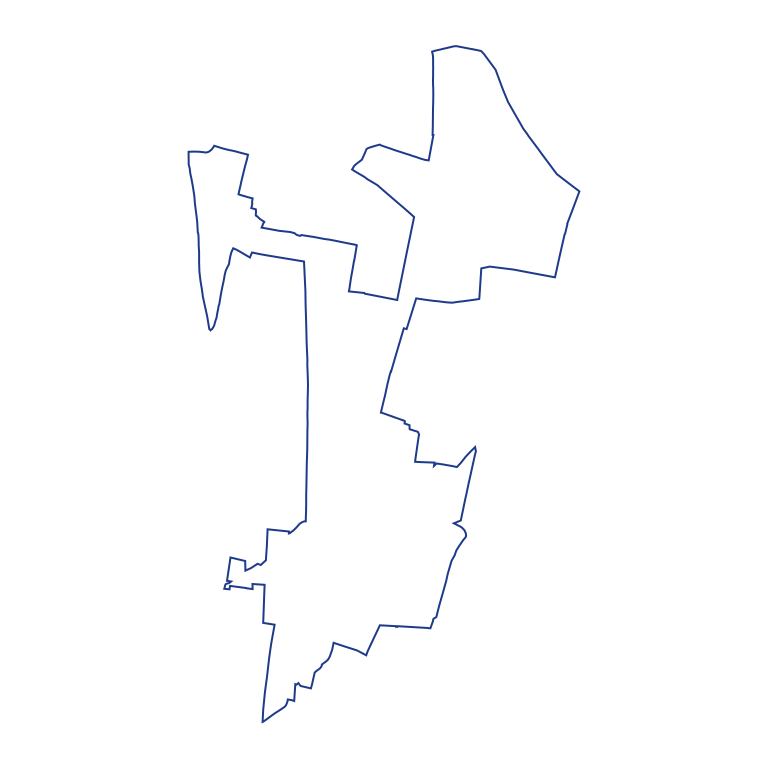 Cuautitlán, México, Mexico
{"feature_id": "50627088B95274717279759", "entity_name": "Cuautitlán", "entity_type": "district", "adm_level": 2, "iso_a3": "MEX", "parent_name": "Mexico", "parent_adm1": "México", "projection": "robinson", "projection_center": [-99.166, 19.705], "detail": "fine", "context": "isolated", "style": "outline", "palette": "blue", "viewbox_px": 768, "rotation_deg": 0, "n_neighbors": 0, "source": "geoboundaries", "source_scale": "gbopen_adm2", "svg_char_len": 6065}
<svg xmlns="http://www.w3.org/2000/svg" viewBox="0 0 768 768"><path d="M210.6,330.3L211.0,329.6L211.8,329.2L212.1,329.1L212.7,328.1L214.1,325.7L214.8,323.2L215.5,320.7L216.6,317.5L216.8,316.0L217.4,312.6L218.0,309.6L218.8,305.2L219.2,304.6L219.8,301.0L220.4,297.3L220.7,295.5L221.2,292.8L222.4,286.6L223.0,283.9L223.6,281.3L224.7,274.9L225.8,270.5L227.4,267.2L229.0,264.1L229.4,261.1L230.3,256.3L231.4,252.2L233.2,248.3L236.3,249.6L240.2,251.8L243.9,254.0L249.9,257.5L252.0,252.5L259.8,254.1L265.3,255.1L289.5,259.1L304.0,261.5L305.4,290.7L305.6,304.5L306.2,323.8L306.6,341.2L306.8,346.5L307.4,359.5L307.3,364.5L307.8,377.3L308.0,385.9L307.6,400.9L307.6,408.0L307.4,412.6L307.5,420.0L307.6,423.2L307.4,431.5L307.3,444.2L307.3,445.2L307.2,451.4L306.8,462.9L306.4,485.6L306.3,490.8L306.2,494.1L306.2,497.5L306.2,502.4L306.2,505.2L306.1,506.5L306.1,510.5L306.1,511.4L305.9,515.7L305.8,519.0L305.8,520.7L305.7,521.4L304.7,521.3L303.3,521.7L302.1,522.2L301.0,522.9L299.8,523.7L298.8,524.7L297.9,525.8L296.5,527.4L293.8,530.1L291.2,532.1L290.0,533.0L288.9,533.4L289.0,531.5L267.6,529.3L266.8,547.0L266.2,555.4L265.9,560.3L260.7,565.0L257.5,563.8L251.2,568.0L245.4,570.6L245.2,561.0L230.5,557.5L227.0,580.8L231.1,581.5L229.2,583.0L228.7,583.2L226.6,583.7L225.8,584.1L225.2,585.2L224.7,587.2L224.3,588.8L229.5,589.3L230.1,585.9L246.6,588.1L246.7,588.3L248.1,588.5L248.9,588.6L252.6,589.1L252.5,584.0L264.6,584.8L263.2,622.9L274.6,624.7L272.1,638.6L271.2,643.7L270.5,648.5L270.3,649.7L269.0,659.3L267.1,675.9L264.9,692.5L263.2,709.7L262.6,721.9L263.3,721.6L266.6,719.3L270.8,716.2L275.0,713.2L279.1,710.6L281.6,708.9L284.7,706.8L285.8,705.5L286.0,705.1L286.6,703.9L287.5,701.4L287.8,699.5L289.4,699.7L291.6,700.1L294.2,701.0L295.3,684.2L296.4,684.7L297.8,683.5L298.4,683.1L300.4,685.8L301.2,686.1L310.9,688.4L312.0,684.5L314.7,672.5L316.3,671.1L318.2,669.7L319.7,668.6L320.6,667.6L321.4,666.5L321.8,665.3L321.9,664.5L325.7,661.7L327.6,660.1L328.9,658.2L329.9,656.3L330.1,655.6L332.2,649.7L333.6,642.8L345.1,646.6L357.0,650.4L366.2,655.3L367.6,651.4L374.3,637.1L379.9,625.3L396.3,626.2L396.2,626.8L397.3,626.8L397.4,626.2L402.8,626.5L426.5,627.9L429.0,628.2L430.4,628.3L432.8,621.6L433.2,619.6L433.5,618.8L434.4,618.2L435.9,617.4L436.4,616.9L436.6,616.1L437.3,613.1L439.2,605.7L443.3,591.3L446.3,580.5L447.6,574.4L451.5,561.0L454.3,555.9L454.7,555.2L456.2,550.8L458.6,546.8L462.9,540.5L465.7,537.1L466.1,535.6L466.0,534.7L465.9,534.3L465.9,533.8L465.7,533.0L465.4,532.3L464.9,531.3L464.4,530.2L463.8,529.5L463.3,529.1L462.7,528.4L461.3,527.1L453.9,523.3L460.8,520.5L465.3,498.9L465.4,498.5L466.4,494.1L466.8,492.1L467.4,489.2L469.1,481.3L470.4,475.5L473.6,461.0L474.5,456.9L475.1,454.3L475.9,451.3L475.1,447.1L470.9,451.2L465.7,456.7L460.9,462.8L456.9,467.1L453.0,466.2L450.9,465.8L444.4,464.7L444.1,464.6L436.6,463.5L434.0,465.9L434.5,462.6L420.7,462.1L415.1,461.8L415.4,459.1L418.6,436.8L419.1,434.5L417.9,431.9L417.6,431.7L409.8,429.3L409.6,428.9L409.5,425.2L404.6,423.5L404.9,421.3L404.6,420.9L395.4,417.6L381.6,412.7L380.9,412.6L382.4,406.2L384.0,399.6L385.0,395.7L387.2,385.2L389.5,375.7L390.8,371.4L391.1,371.5L396.7,352.3L403.8,328.3L404.6,328.5L406.6,329.1L411.4,313.8L416.2,298.4L416.9,298.5L427.0,300.0L432.9,300.8L439.3,301.4L440.7,301.6L444.5,302.1L448.6,302.5L452.1,302.7L454.3,302.4L458.2,301.8L462.8,301.3L471.0,300.2L479.2,299.0L479.3,298.9L481.3,268.4L489.8,266.6L501.8,268.1L513.8,269.6L528.5,272.4L553.2,277.0L555.0,277.3L559.9,255.0L564.6,234.4L564.8,234.1L565.1,233.8L565.2,233.3L567.4,224.2L567.2,223.8L572.5,209.9L579.4,191.4L568.1,182.8L556.8,174.1L542.5,154.9L536.8,147.1L528.1,135.5L527.7,134.7L523.0,128.3L522.4,127.1L513.8,112.1L508.1,102.1L503.1,90.0L495.6,69.8L484.1,54.2L481.1,51.0L477.5,50.2L456.2,46.1L453.5,46.4L434.0,51.0L432.1,51.7L433.0,55.9L433.1,59.6L433.1,63.7L433.1,65.4L433.2,67.4L433.1,69.4L433.1,71.2L433.1,73.2L433.1,75.0L433.1,77.0L433.0,78.9L433.0,80.8L433.0,82.7L433.1,84.6L433.0,86.0L433.2,86.4L433.3,94.0L433.2,102.2L433.0,108.9L432.9,118.5L432.8,126.7L432.6,135.0L433.4,135.0L432.9,137.7L428.7,160.4L425.1,159.9L420.6,158.6L415.5,156.8L413.6,156.3L410.9,155.3L405.2,153.5L401.2,152.2L394.9,150.2L390.2,148.5L385.4,146.9L381.1,145.4L379.8,144.6L375.7,145.7L371.1,147.1L368.2,148.0L366.5,149.1L365.2,152.3L361.9,159.7L356.4,163.9L354.2,165.9L352.1,169.5L355.7,171.8L360.1,174.4L364.4,176.9L367.7,179.4L375.2,183.8L377.4,185.2L384.2,191.1L396.3,201.5L405.4,209.3L414.1,217.0L413.0,222.4L411.9,227.7L409.9,237.4L406.9,251.9L403.3,269.7L398.9,291.3L397.2,300.0L382.4,297.1L364.9,293.7L364.4,293.0L348.9,291.4L349.6,287.6L350.5,281.1L351.4,275.7L352.2,271.4L354.1,260.4L354.2,260.2L354.3,260.2L356.8,245.2L356.4,245.0L339.8,241.7L336.0,240.9L329.2,239.6L324.5,239.0L318.2,237.8L313.0,236.8L310.0,236.4L304.9,235.6L302.9,235.3L301.4,235.0L300.2,235.9L299.1,235.6L298.0,235.3L297.0,235.0L296.0,234.4L295.1,233.7L294.6,233.2L291.7,232.4L290.0,232.0L283.7,231.3L279.1,230.8L275.3,230.1L261.6,227.6L262.4,225.8L263.0,224.0L264.3,221.9L260.1,219.1L256.9,216.1L256.5,216.1L255.8,215.5L256.0,211.1L256.0,210.8L255.8,210.2L255.8,209.3L251.3,208.1L252.2,204.4L252.2,203.3L252.1,202.9L252.1,201.8L252.3,200.5L252.6,198.4L250.7,197.9L248.8,197.4L245.3,196.4L241.8,195.4L239.3,194.6L238.5,194.3L239.2,191.0L240.9,183.7L241.0,182.9L241.9,179.2L242.9,175.0L244.1,170.1L244.4,168.8L244.7,167.8L245.0,166.3L245.5,164.7L247.1,158.8L248.0,154.7L240.3,152.7L237.4,151.9L236.6,151.7L235.3,151.3L234.9,151.3L233.4,150.9L232.0,150.6L229.9,150.2L229.6,150.2L225.3,149.1L221.5,148.1L218.2,147.0L214.2,145.8L213.9,146.5L212.6,148.2L212.1,148.9L211.0,150.1L210.7,150.3L209.3,151.4L208.1,152.0L207.1,152.3L205.9,152.5L203.5,152.2L199.8,151.8L197.8,151.7L193.8,151.6L188.6,151.8L188.6,154.0L188.7,164.5L189.7,168.3L190.3,173.6L191.3,178.0L192.9,186.7L194.2,195.1L194.5,198.0L194.9,203.4L195.6,208.9L196.6,216.6L197.2,222.0L197.6,229.0L197.8,232.7L198.2,233.2L198.4,235.0L198.6,238.0L198.7,245.4L199.1,252.0L199.1,262.3L199.4,271.6L200.5,281.0L202.0,290.0L202.9,296.8L207.2,316.5L209.3,329.1L210.6,330.3Z" fill="none" stroke="#1e3a8a" stroke-width="2"/></svg>